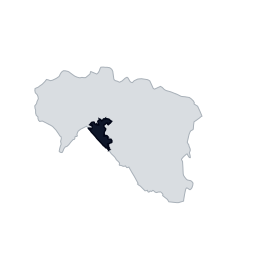 location of Sissili, Sissili, Burkina Faso, rotated 48°
{"feature_id": "67063806B75900195473972", "entity_name": "Sissili", "entity_type": "district", "adm_level": 2, "iso_a3": "BFA", "parent_name": "Burkina Faso", "parent_adm1": "Sissili", "projection": "orthographic", "projection_center": [-2.154, 11.45], "detail": "fine", "context": "in_parent", "style": "filled", "palette": "ink", "viewbox_px": 256, "rotation_deg": 48, "n_neighbors": 0, "source": "geoboundaries", "source_scale": "gbopen_adm2", "svg_char_len": 7214}
<svg xmlns="http://www.w3.org/2000/svg" viewBox="0 0 256 256"><g transform="rotate(48 128 128)"><path d="M185.4,157.4L179.5,157.7L177.3,158.3L176.0,158.4L175.9,157.8L175.8,157.5L168.2,155.7L163.0,154.7L157.6,153.5L157.3,154.6L156.6,155.4L155.4,155.4L154.6,155.2L154.1,156.1L153.2,157.3L151.9,157.8L150.7,158.6L150.1,159.2L149.6,159.2L148.3,157.7L146.7,157.6L143.7,157.9L142.3,157.5L140.4,157.3L136.0,157.6L129.0,157.0L127.8,157.3L127.5,157.6L120.5,157.7L112.9,157.8L106.4,157.8L100.8,157.9L100.8,157.6L99.0,157.6L98.8,158.1L97.2,164.0L97.0,167.2L97.9,169.2L98.8,170.4L99.9,170.9L100.0,171.7L99.1,172.6L99.2,173.5L100.2,174.5L100.5,175.5L99.9,176.6L100.1,179.2L100.8,183.3L100.8,185.9L100.1,187.1L100.4,189.2L101.8,192.2L102.1,193.4L101.6,194.0L100.4,194.7L99.2,194.7L97.9,192.9L97.3,192.1L96.2,190.3L95.3,188.5L94.0,187.7L92.8,187.0L91.3,184.7L89.8,183.6L88.3,183.9L86.0,183.5L81.5,182.9L76.6,183.0L74.6,183.5L72.6,184.3L67.5,186.2L65.5,187.0L64.0,189.3L62.3,189.3L60.6,188.5L59.5,187.5L57.2,187.7L55.0,186.6L52.8,184.6L51.3,184.0L49.2,182.5L48.7,179.7L47.4,177.8L46.3,175.1L44.5,173.9L42.5,173.2L39.8,173.3L37.9,172.2L36.5,170.7L36.9,169.3L37.6,167.4L37.7,165.5L38.1,162.5L37.9,158.8L37.4,156.1L39.0,155.0L40.8,154.1L41.9,152.3L43.1,148.3L43.6,144.9L43.2,143.6L42.7,142.5L42.2,141.0L42.0,139.2L42.3,137.6L43.7,136.2L45.4,135.0L46.6,134.4L49.7,133.8L53.7,132.9L56.0,131.9L57.6,130.9L58.6,130.1L59.5,128.4L61.1,127.1L62.2,125.8L62.4,122.1L62.4,120.0L61.6,118.9L61.1,117.9L67.0,115.1L67.0,113.0L66.2,110.8L65.1,108.9L64.7,107.4L66.3,105.5L67.8,104.2L68.8,103.0L71.1,101.2L73.5,100.8L75.7,101.4L82.0,105.7L83.1,106.0L84.4,105.7L86.1,104.6L88.3,103.7L89.1,100.9L89.1,96.7L89.6,94.8L90.7,94.5L94.4,95.3L95.3,95.3L96.4,95.0L97.2,94.3L97.1,93.0L97.0,91.8L98.2,87.9L100.4,85.0L104.8,81.4L106.1,80.7L107.7,80.3L115.6,82.8L116.9,82.2L118.8,76.0L120.9,75.4L123.5,75.3L125.2,74.8L126.0,74.4L129.8,72.0L136.3,68.8L139.9,67.4L140.6,66.9L143.1,64.6L146.4,62.0L148.6,61.5L151.5,61.3L153.4,61.7L153.9,62.4L154.5,62.8L158.4,61.7L163.9,63.4L168.7,65.1L168.4,66.2L168.4,68.1L168.1,71.2L167.6,74.8L169.6,77.2L172.0,79.7L172.7,80.7L172.1,83.3L172.5,84.7L173.8,87.2L176.0,90.3L178.2,93.5L179.7,93.9L181.2,94.1L182.1,94.7L183.4,95.2L184.7,95.6L185.8,96.3L186.5,97.0L187.4,98.9L189.9,100.2L191.7,101.5L191.0,102.2L188.8,101.9L186.8,101.4L186.5,102.3L186.5,106.0L186.9,109.0L187.3,109.4L189.4,109.9L194.3,113.8L198.8,117.5L200.3,118.4L202.7,118.8L205.4,118.9L206.6,118.5L209.2,116.6L210.6,116.4L211.9,116.4L212.6,116.7L213.9,118.2L215.2,120.5L215.5,122.2L215.4,123.1L215.0,123.5L212.9,123.9L211.9,124.3L211.7,124.8L212.1,126.0L212.5,126.7L214.9,130.0L218.4,134.4L219.5,135.6L218.9,136.9L217.2,140.5L215.9,141.9L210.2,147.0L207.4,146.5L201.5,147.5L200.6,146.4L199.2,146.3L197.5,146.5L196.8,146.9L196.7,147.4L196.0,148.1L195.0,150.1L194.1,150.6L193.1,150.9L191.8,150.9L191.0,151.2L191.0,152.2L190.8,153.0L189.9,153.5L189.6,154.4L189.7,155.3L189.1,155.8L188.0,155.6L187.3,155.3L186.7,156.5L186.0,157.4L185.4,157.4Z" fill="#d9dde1" stroke="#a8b0b8" stroke-width="1"/><path d="M99.6,151.9L99.7,152.0L99.8,152.3L99.7,152.8L99.8,153.0L99.9,153.5L100.0,154.0L100.0,154.3L101.2,153.8L101.3,153.8L101.4,153.7L101.2,153.1L101.3,152.9L101.5,152.8L101.8,152.8L102.1,152.8L102.6,153.3L102.9,153.5L103.1,153.9L103.4,154.1L103.7,154.3L104.0,154.5L104.2,154.9L104.1,155.6L104.0,155.8L103.9,156.2L103.6,156.3L103.1,156.2L102.7,156.2L102.6,156.3L102.5,156.6L102.4,156.8L102.2,157.0L101.8,157.2L101.7,157.3L101.7,157.5L101.9,157.6L102.0,157.7L102.6,157.7L104.1,157.7L104.5,157.7L104.8,157.7L105.4,157.8L105.5,157.8L105.9,157.8L106.2,157.9L106.5,158.0L108.2,157.9L109.3,157.9L109.7,157.9L109.9,157.9L110.5,157.9L111.4,157.9L111.8,157.9L112.2,157.9L112.3,157.8L112.8,157.9L113.2,157.9L113.5,158.0L114.6,158.1L116.8,158.1L117.1,158.1L118.8,158.0L119.0,158.1L119.8,158.0L123.1,158.0L123.9,158.0L124.1,158.1L124.8,158.1L125.1,157.9L126.1,157.6L126.5,157.6L126.8,157.7L127.0,157.8L127.7,157.8L127.8,157.7L127.8,157.4L127.8,157.2L129.1,157.1L129.3,157.1L129.6,157.1L130.1,157.1L130.7,157.1L131.4,157.1L131.5,157.2L131.5,156.9L131.4,156.8L131.5,156.7L131.6,156.4L131.7,156.2L131.4,156.3L131.4,156.5L131.2,156.6L131.0,156.4L130.9,156.4L130.7,156.2L130.4,155.9L130.2,155.8L130.2,155.7L130.3,155.6L130.4,155.3L130.1,155.3L129.9,155.4L129.7,155.2L129.4,155.3L129.2,155.4L128.9,155.4L128.8,155.2L128.7,154.9L128.5,155.0L128.4,155.0L128.2,154.9L128.2,154.7L128.3,154.6L128.2,154.5L128.1,154.4L128.0,154.5L127.8,154.5L127.7,154.7L127.4,154.6L127.3,154.4L127.3,154.2L127.2,154.2L126.8,153.9L126.6,153.9L126.7,153.7L126.4,153.7L126.2,153.7L126.2,153.3L126.4,153.1L126.9,152.5L127.0,152.3L127.0,152.1L127.0,151.8L127.0,151.6L127.0,151.1L127.2,150.9L127.4,150.8L127.6,150.7L127.6,150.3L127.5,149.8L127.5,149.6L127.6,149.4L127.4,149.3L127.3,149.1L127.2,149.0L127.1,148.9L126.9,148.8L126.7,148.8L126.7,148.7L126.5,148.4L126.4,148.4L125.8,148.3L125.2,148.2L124.9,148.2L124.8,148.3L124.7,148.5L124.3,149.0L124.0,149.2L123.7,149.5L123.2,149.8L122.9,150.0L122.6,150.1L122.3,150.1L122.0,149.8L121.9,149.7L121.7,149.7L121.4,149.6L121.5,149.4L121.5,149.2L121.4,149.0L121.5,148.8L120.3,148.8L119.6,148.8L119.4,149.0L119.2,149.2L119.2,149.3L119.1,149.6L118.9,149.5L118.7,149.5L118.5,149.8L118.5,150.0L118.4,150.6L118.2,150.8L118.2,150.6L118.1,150.8L117.8,150.7L117.6,150.7L117.4,150.7L117.2,150.6L117.1,150.4L117.1,150.2L116.9,150.2L116.9,149.9L116.4,149.6L116.1,149.4L115.8,149.1L115.5,148.8L115.2,148.4L115.0,147.9L114.7,147.3L114.7,147.1L114.4,146.1L113.9,145.4L113.6,145.1L113.3,145.1L112.3,145.2L112.1,145.2L111.4,145.2L111.1,145.1L110.8,144.9L110.5,144.8L110.2,144.7L109.9,144.4L109.9,144.2L109.8,143.7L109.9,142.7L109.9,142.4L109.9,141.0L110.0,140.6L110.2,140.3L110.3,140.2L110.5,140.1L110.6,140.3L110.9,140.3L111.0,140.3L111.4,140.4L111.5,140.5L112.1,140.6L112.3,140.5L112.4,140.4L112.4,139.9L112.4,139.5L112.2,138.8L112.1,138.6L111.9,138.2L112.0,138.0L112.4,138.0L112.5,137.9L112.4,137.5L112.2,136.3L112.1,135.7L111.9,135.8L111.7,135.8L111.4,135.9L111.3,136.0L111.1,136.0L110.8,136.0L109.6,136.3L109.4,136.3L108.8,136.3L108.5,136.3L108.3,136.5L108.2,136.7L108.0,137.0L107.7,137.1L107.2,137.3L106.7,137.8L106.5,138.2L106.4,138.3L106.2,138.4L106.2,138.6L105.9,138.5L105.8,138.4L105.7,138.3L105.7,138.5L105.6,138.9L105.5,139.4L105.5,139.8L105.4,139.9L105.1,140.0L104.9,140.1L104.9,140.3L105.1,140.7L105.1,141.0L105.2,141.4L105.2,141.9L105.2,142.4L105.1,142.7L105.1,142.8L104.3,142.8L104.1,142.8L103.4,142.7L102.6,143.0L102.3,143.2L102.0,143.3L102.4,143.5L102.6,143.7L102.7,143.9L102.8,144.3L102.8,144.7L102.8,145.1L102.7,145.5L102.8,145.8L103.0,146.1L103.4,146.3L104.0,146.6L104.3,146.7L104.8,147.1L105.1,147.2L105.3,147.3L105.7,147.3L105.8,147.4L105.9,147.5L106.0,147.5L106.3,147.8L106.2,147.9L106.1,148.1L105.8,148.3L105.7,148.4L105.4,148.5L105.3,148.8L105.2,148.7L105.0,148.8L104.7,148.7L104.6,148.8L104.2,148.7L104.1,148.8L103.9,148.7L103.9,148.8L103.8,149.0L103.7,149.4L103.8,149.6L103.7,149.8L103.4,149.8L103.2,149.8L102.3,149.8L102.0,149.8L101.9,149.7L101.7,149.6L101.3,149.4L101.2,149.3L100.7,149.6L100.4,149.8L100.3,150.0L100.1,150.5L99.9,150.7L99.7,150.9L99.6,151.2L99.6,151.3L99.6,151.5L99.6,151.8L99.6,151.9Z" fill="#0f172a" stroke="#020617" stroke-width="1.5"/></g></svg>